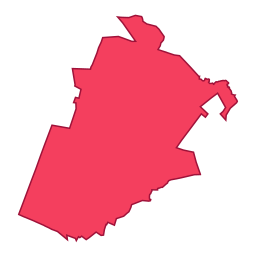 Berzovia, Caras-Severin, Romania
{"feature_id": "2599482B54614401056167", "entity_name": "Berzovia", "entity_type": "district", "adm_level": 2, "iso_a3": "ROU", "parent_name": "Romania", "parent_adm1": "Caras-Severin", "projection": "natural_earth1", "projection_center": [21.6, 45.4], "detail": "fine", "context": "isolated", "style": "filled", "palette": "rose", "viewbox_px": 256, "rotation_deg": 0, "n_neighbors": 0, "source": "geoboundaries", "source_scale": "gbopen_adm2", "svg_char_len": 3040}
<svg xmlns="http://www.w3.org/2000/svg" viewBox="0 0 256 256"><path d="M236.6,102.7L237.3,101.3L236.8,100.1L235.9,98.7L235.1,97.4L234.5,96.5L234.8,95.6L235.1,95.1L234.7,95.1L233.1,94.7L231.5,93.9L231.6,92.6L231.3,91.7L231.2,91.1L230.2,89.6L229.0,88.0L229.4,87.4L229.2,87.1L228.6,86.9L227.6,86.9L227.6,86.3L227.6,85.5L227.0,85.0L227.1,84.3L227.8,83.9L228.5,83.6L228.5,82.7L227.1,81.6L226.3,80.7L225.6,80.4L224.3,80.7L223.3,80.5L222.8,80.5L222.3,80.7L221.1,80.8L220.1,81.2L218.8,81.3L217.7,81.9L216.0,81.8L215.1,82.7L213.9,83.6L213.8,84.3L213.5,84.3L213.2,83.7L212.4,83.1L211.7,83.4L209.8,83.5L209.3,83.1L208.6,82.2L209.2,81.4L209.3,80.3L209.3,79.9L209.3,79.4L208.7,79.0L208.4,79.1L207.4,79.2L206.9,79.2L206.5,79.0L206.0,78.6L205.3,78.4L204.8,79.2L204.9,79.6L204.6,80.2L204.1,80.7L203.2,80.9L202.4,80.6L201.0,79.2L199.3,79.0L199.4,77.2L199.5,76.4L198.9,76.6L198.8,76.4L195.0,72.2L191.1,67.9L179.6,55.7L174.3,55.0L158.0,49.6L159.4,47.1L160.2,45.9L160.9,42.9L161.9,41.9L163.4,40.1L163.5,39.7L163.7,39.0L163.9,38.1L164.1,37.0L164.1,36.5L161.4,32.7L158.9,29.1L156.7,27.0L156.0,26.3L151.3,25.1L146.6,23.9L146.0,23.4L145.4,23.0L142.9,21.3L142.8,20.1L142.3,18.0L141.6,16.6L135.4,15.4L128.9,17.6L125.2,17.5L122.3,17.4L120.5,17.3L117.7,17.0L122.8,23.0L135.6,41.3L131.9,41.4L122.7,38.0L118.4,36.5L102.7,37.6L101.3,41.9L98.6,47.7L97.0,52.9L92.4,64.6L90.9,67.2L90.5,69.2L72.4,68.6L75.1,84.8L74.8,86.0L81.0,89.3L78.9,98.2L75.5,97.4L73.6,102.6L75.9,102.9L76.1,108.8L72.9,118.5L69.6,128.3L52.0,125.2L44.4,145.3L40.5,155.9L35.9,168.8L31.1,181.4L23.0,203.1L18.7,214.4L18.8,214.5L19.7,214.9L20.4,215.2L22.8,216.3L24.2,216.9L25.2,217.3L25.4,217.3L26.5,217.8L28.9,218.8L31.1,219.7L33.0,220.5L34.6,221.2L35.4,221.6L36.3,222.0L40.2,223.7L41.5,224.3L43.6,225.2L43.8,225.3L44.2,225.5L44.8,225.9L46.1,226.5L48.9,227.8L50.2,228.5L51.3,229.1L51.5,229.2L51.6,229.3L51.8,229.3L52.0,229.4L52.3,229.5L52.5,229.6L53.0,229.8L53.6,230.0L57.5,231.5L67.4,239.7L66.8,235.2L75.4,238.4L76.3,240.6L78.5,236.7L79.8,237.6L81.7,236.2L86.2,239.6L89.4,237.4L96.1,232.1L101.1,235.4L103.5,235.1L104.4,229.6L106.0,224.5L106.6,224.7L107.8,222.3L114.4,225.2L115.9,220.2L116.4,218.6L123.4,216.3L123.8,216.1L124.5,215.5L126.9,213.3L128.3,212.2L128.9,211.7L130.0,209.4L130.9,207.3L131.0,206.9L131.6,204.7L132.2,204.4L133.6,203.9L142.3,200.5L148.8,201.1L149.8,200.9L150.4,200.7L150.7,199.5L150.1,199.3L149.6,199.2L149.5,198.3L149.4,197.9L149.5,195.8L149.7,194.5L150.7,193.6L151.1,192.4L151.9,190.9L151.9,189.8L154.8,189.9L157.6,189.9L157.6,188.6L158.0,188.3L159.6,188.0L160.9,187.4L161.7,187.3L162.5,187.3L163.1,186.7L163.6,186.3L165.8,184.3L167.5,183.0L167.6,182.3L168.0,181.8L168.8,180.6L169.2,180.5L170.8,179.8L171.8,179.6L172.4,179.5L176.8,178.7L181.9,177.6L194.3,174.7L200.4,174.5L200.4,174.4L196.1,162.0L193.5,152.2L183.5,150.1L176.4,147.7L181.7,140.1L184.7,136.1L191.4,127.2L201.3,113.9L205.4,117.2L207.9,113.9L200.3,106.7L211.4,97.8L217.6,93.2L225.6,107.5L222.9,111.6L220.3,113.9L225.8,120.1L226.2,115.1L230.3,108.2L236.6,102.7Z" fill="#f43f5e" stroke="#9f1239" stroke-width="1.5"/></svg>